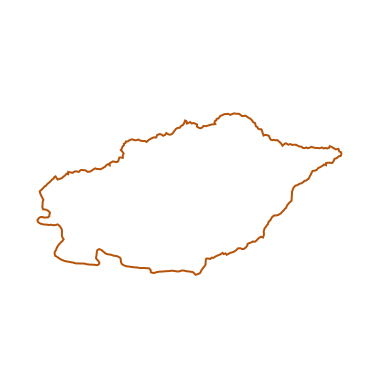 the district of Tapira, Minas Gerais, Brazil, rotated 153°
{"feature_id": "56859067B4018711092229", "entity_name": "Tapira", "entity_type": "district", "adm_level": 2, "iso_a3": "BRA", "parent_name": "Brazil", "parent_adm1": "Minas Gerais", "projection": "mercator", "projection_center": [-46.869, -19.913], "detail": "fine", "context": "isolated", "style": "outline", "palette": "amber", "viewbox_px": 384, "rotation_deg": 153, "n_neighbors": 0, "source": "geoboundaries", "source_scale": "gbopen_adm2", "svg_char_len": 5334}
<svg xmlns="http://www.w3.org/2000/svg" viewBox="0 0 384 384"><g transform="rotate(153 192 192)"><path d="M99.7,149.7L97.1,150.7L94.9,150.3L92.8,150.5L90.3,150.1L88.2,150.3L86.8,150.9L85.4,150.4L83.6,150.7L81.7,151.0L79.9,152.6L78.0,153.7L76.7,154.9L75.0,156.0L73.0,155.3L70.7,155.1L68.8,156.0L65.9,156.0L63.7,156.1L62.0,156.6L60.5,155.1L59.6,156.9L57.9,156.5L55.9,155.5L54.0,154.2L51.7,155.3L49.9,156.9L48.2,156.5L46.4,156.7L45.0,157.2L43.2,156.6L41.7,158.0L41.1,159.6L42.4,161.4L41.9,163.9L44.5,164.7L45.9,166.8L47.2,168.9L48.5,170.3L49.8,169.2L51.8,169.4L53.1,170.7L54.7,170.9L55.9,172.6L58.5,173.1L60.4,174.4L62.6,175.6L64.0,176.9L65.1,178.0L67.2,178.1L69.1,178.5L69.9,179.8L71.5,179.9L73.1,180.8L73.9,182.7L75.4,183.6L76.7,185.1L77.8,186.8L79.8,187.9L81.5,188.5L82.5,190.0L84.7,190.4L86.2,192.8L88.2,192.8L90.3,192.1L90.6,194.8L91.4,197.1L92.5,199.6L94.1,200.1L95.3,201.3L97.0,201.7L98.2,203.1L98.1,205.3L98.0,207.2L99.3,208.5L100.9,209.7L102.6,209.8L102.3,212.4L101.8,214.7L101.8,216.4L103.4,217.3L104.4,218.6L104.3,220.2L105.2,221.5L104.9,223.3L104.5,224.8L105.8,226.4L105.9,228.1L106.5,230.4L107.8,232.2L108.8,234.1L109.7,235.7L111.5,236.3L113.1,237.1L113.8,238.8L114.7,240.4L117.0,241.6L118.9,243.0L120.8,243.2L123.0,243.4L124.2,245.2L125.8,245.8L127.8,246.7L130.0,246.7L132.3,246.9L135.0,245.5L136.8,246.0L137.8,244.8L139.4,244.8L140.5,243.6L140.4,242.0L141.9,242.4L143.9,243.3L146.8,243.8L149.7,244.3L151.8,245.6L153.5,244.9L155.2,244.8L156.5,245.8L157.9,248.0L156.9,249.9L157.9,251.1L159.1,252.7L161.2,253.2L161.9,255.2L164.0,255.1L165.6,255.4L164.7,257.4L165.6,258.8L166.8,257.8L168.1,256.7L169.8,255.8L171.6,255.8L173.8,254.8L175.7,255.6L177.7,255.5L179.5,254.6L181.2,253.8L182.9,252.9L185.0,252.8L186.8,253.9L188.1,256.2L190.0,255.1L192.2,255.2L193.2,257.2L194.7,258.4L197.3,258.5L199.2,256.8L201.1,258.0L204.3,258.2L206.3,258.1L208.1,257.7L209.8,257.2L210.7,258.8L212.6,259.7L214.6,261.1L215.9,263.0L218.2,263.5L220.1,264.5L220.9,265.8L222.9,266.5L224.7,266.5L226.3,266.2L227.9,267.0L229.1,265.9L230.8,265.9L231.5,264.5L233.5,263.9L234.8,262.5L236.4,261.8L235.8,259.9L235.4,257.4L237.2,255.8L238.1,253.9L239.6,254.9L241.1,255.7L242.5,254.3L243.8,252.9L245.4,252.8L247.1,253.9L248.6,255.2L250.4,255.1L252.3,255.0L253.2,253.2L254.2,254.9L255.9,254.9L258.0,254.0L259.7,253.9L261.4,253.8L263.3,253.8L265.0,255.1L266.5,255.8L267.5,257.0L269.4,256.9L271.3,256.7L273.4,256.4L275.9,257.4L276.7,259.2L278.5,260.6L280.8,262.0L282.4,261.8L283.8,261.3L285.4,262.7L287.5,263.7L289.5,263.2L291.4,264.6L293.2,266.1L294.3,264.1L295.5,265.3L297.4,264.4L299.3,264.1L301.9,263.4L304.4,263.9L306.1,264.1L306.3,265.9L306.5,267.9L308.1,267.7L309.3,266.8L311.1,266.6L312.9,265.9L314.5,265.4L316.0,265.1L317.6,264.7L319.3,263.9L321.0,263.8L322.7,263.1L324.8,262.4L327.3,261.8L327.9,259.7L328.0,257.4L328.0,255.0L328.0,252.5L329.2,251.3L330.1,250.1L330.9,248.5L332.2,246.6L332.6,244.2L330.5,242.9L329.4,241.6L328.5,240.2L327.9,238.1L329.3,236.6L330.2,235.2L331.8,234.8L333.8,235.6L335.5,236.5L336.9,237.8L338.4,238.4L340.1,238.3L342.2,237.4L342.9,235.7L342.2,233.7L340.7,231.9L338.7,230.3L336.0,228.7L334.4,227.5L332.4,226.8L331.0,225.6L329.0,224.6L326.4,224.1L325.4,222.0L325.1,220.1L325.0,217.8L325.8,215.7L326.8,214.0L327.7,212.3L328.1,210.3L327.8,208.2L329.6,207.2L331.1,206.8L332.8,206.2L334.4,205.6L336.1,204.8L337.8,203.6L339.8,201.9L341.8,200.7L342.6,198.8L342.8,197.1L341.7,195.6L341.0,194.2L339.5,191.5L337.9,189.6L336.5,188.1L334.8,186.8L333.4,185.7L332.0,184.6L330.0,183.1L328.5,181.7L327.4,180.8L325.5,179.9L324.0,179.0L322.6,178.3L320.5,177.2L318.9,175.7L316.8,174.2L314.9,173.1L313.0,172.1L311.1,170.8L309.6,169.8L307.8,169.9L306.7,170.9L306.7,173.1L307.4,175.1L307.5,176.8L306.1,178.6L304.8,180.5L303.8,182.1L302.6,183.2L300.7,183.3L299.0,181.4L298.1,179.2L297.3,177.3L296.2,175.5L294.8,174.4L292.8,173.0L290.7,170.8L288.5,169.3L287.1,167.9L285.9,166.1L286.1,164.0L287.1,162.0L287.2,159.9L286.4,158.1L285.0,156.5L283.5,155.1L282.0,154.2L280.4,153.0L278.5,151.7L277.1,150.8L275.4,149.8L273.9,148.7L272.7,147.7L270.9,146.9L268.8,145.8L266.8,144.6L264.9,143.5L264.3,141.3L265.1,139.2L263.9,137.9L262.4,137.0L260.6,136.8L258.5,136.3L256.5,135.5L253.9,134.3L251.4,133.4L249.4,132.4L247.5,131.7L245.4,130.9L243.4,129.5L241.5,128.1L239.9,127.2L238.3,126.9L236.9,126.7L235.0,125.8L233.3,124.2L231.6,123.1L229.4,121.6L227.6,120.2L226.9,118.5L226.5,116.7L224.9,116.3L223.4,116.1L221.8,116.1L220.3,117.0L218.8,118.2L216.4,119.4L214.4,120.2L213.0,121.0L211.9,122.9L210.7,125.0L209.4,126.2L207.8,125.4L206.1,124.0L204.4,124.6L202.9,123.6L200.2,123.9L198.1,123.8L196.2,123.6L194.3,123.6L192.4,123.9L191.9,122.3L190.0,122.1L189.6,120.3L188.0,120.3L186.0,120.5L183.5,119.9L181.3,119.8L179.2,120.1L176.4,120.9L174.4,119.9L173.3,118.5L171.8,117.7L170.2,118.0L168.6,118.4L167.2,119.1L166.1,120.5L164.5,120.5L162.5,120.2L160.2,120.3L158.9,119.2L156.9,119.4L155.0,120.1L153.0,120.7L150.8,120.8L149.4,119.2L148.1,120.4L146.8,122.1L146.3,123.9L145.1,125.2L143.9,126.7L142.1,127.3L140.6,128.3L139.0,128.8L137.6,130.4L136.2,131.0L134.6,131.5L133.2,132.6L131.6,133.4L129.5,133.8L127.7,132.9L125.4,132.4L122.6,132.6L120.5,133.5L118.4,134.0L116.9,134.9L115.2,135.2L114.1,136.3L112.7,137.2L111.0,137.9L109.5,138.5L107.4,138.9L106.1,141.0L105.2,142.7L104.2,144.1L102.9,146.7L101.4,148.1L99.7,149.7Z" fill="none" stroke="#b45309" stroke-width="2"/></g></svg>